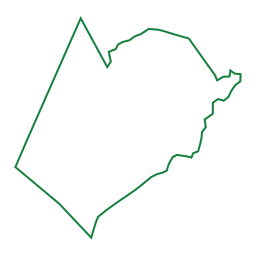 the district of Nazaré da Mata, Pernambuco, Brazil
{"feature_id": "56859067B75061045492706", "entity_name": "Nazaré da Mata", "entity_type": "district", "adm_level": 2, "iso_a3": "BRA", "parent_name": "Brazil", "parent_adm1": "Pernambuco", "projection": "robinson", "projection_center": [-35.207, -7.742], "detail": "fine", "context": "isolated", "style": "outline", "palette": "green", "viewbox_px": 256, "rotation_deg": 0, "n_neighbors": 0, "source": "geoboundaries", "source_scale": "gbopen_adm2", "svg_char_len": 840}
<svg xmlns="http://www.w3.org/2000/svg" viewBox="0 0 256 256"><path d="M80.7,18.3L46.8,95.1L25.3,144.0L15.4,167.1L59.3,203.8L91.2,237.7L92.8,232.4L96.2,221.2L98.2,216.7L101.7,213.9L107.2,209.5L118.1,201.7L130.6,193.2L136.0,189.4L143.4,183.5L151.0,177.2L157.1,174.1L162.6,172.6L166.7,170.8L168.6,164.5L172.6,157.2L176.9,154.9L185.8,156.2L191.4,157.5L193.1,153.3L198.1,151.3L200.0,144.8L201.5,138.1L202.0,132.1L205.8,127.2L204.7,119.4L212.8,113.8L212.9,102.7L217.9,99.1L223.9,100.6L228.6,96.7L231.4,90.7L235.4,85.0L240.3,81.4L240.6,74.2L234.8,73.6L230.4,70.5L229.5,76.5L223.1,76.8L217.2,80.4L215.0,75.2L188.8,38.5L174.8,34.5L162.3,30.7L158.1,29.7L148.8,28.9L140.9,34.0L134.3,36.6L129.3,40.3L122.9,41.9L118.1,44.4L115.8,49.0L108.8,51.9L110.8,61.7L107.2,67.0L97.0,48.3L94.1,42.9L80.7,18.3Z" fill="none" stroke="#15803d" stroke-width="2"/></svg>